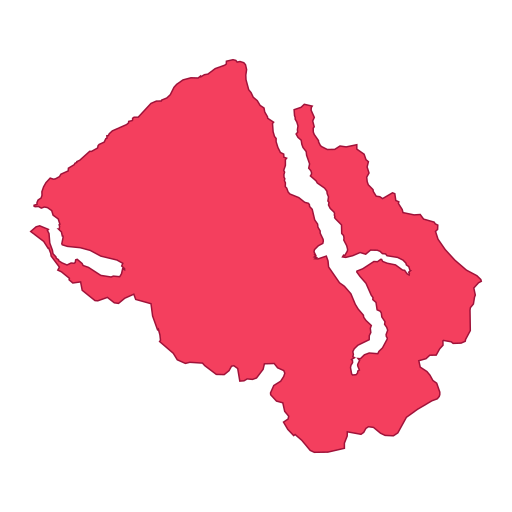 the district of Ørsta nor, Møre og Romsdal, Norway
{"feature_id": "86288312B4999748251605", "entity_name": "Ørsta nor", "entity_type": "district", "adm_level": 2, "iso_a3": "NOR", "parent_name": "Norway", "parent_adm1": "Møre og Romsdal", "projection": "albers", "projection_center": [6.353, 62.207], "detail": "fine", "context": "isolated", "style": "filled", "palette": "rose", "viewbox_px": 512, "rotation_deg": 0, "n_neighbors": 0, "source": "geoboundaries", "source_scale": "gbopen_adm2", "svg_char_len": 6018}
<svg xmlns="http://www.w3.org/2000/svg" viewBox="0 0 512 512"><path d="M438.0,239.2L435.5,231.4L437.6,229.4L437.8,225.1L435.3,223.9L434.1,222.1L423.6,219.1L420.2,214.5L414.1,214.9L403.0,212.6L402.2,209.5L398.4,203.5L398.8,201.8L395.8,200.5L394.8,193.7L392.5,192.8L382.6,198.6L379.8,196.7L376.2,196.2L373.3,191.5L373.0,189.6L368.3,184.8L367.2,181.7L366.7,177.2L369.0,173.0L367.1,167.0L368.4,161.7L366.0,159.7L364.1,154.2L356.8,149.1L356.8,144.7L346.2,146.9L340.0,146.0L334.7,149.4L327.3,149.5L321.4,146.5L320.2,145.2L318.6,142.0L318.5,140.6L314.3,134.6L313.3,132.1L313.2,128.2L314.2,126.8L312.7,121.0L314.3,117.4L311.1,110.2L311.3,107.5L312.2,106.1L304.3,104.3L301.1,107.3L294.1,109.7L294.5,115.5L295.3,117.9L295.1,119.0L296.8,122.0L298.0,126.0L297.4,129.7L297.7,132.2L296.1,134.0L298.0,137.4L301.2,140.2L301.8,144.2L303.0,147.5L306.2,151.6L306.6,155.3L309.6,163.9L308.7,168.2L310.8,170.6L311.5,172.6L311.5,174.2L310.4,175.9L316.1,180.9L317.3,183.0L324.6,188.1L326.9,191.2L327.2,193.7L328.5,196.8L327.9,201.0L329.0,202.5L328.5,205.0L330.2,208.4L334.1,212.2L334.6,213.8L334.3,214.9L334.9,216.6L334.6,217.4L335.1,218.4L341.5,224.9L341.7,233.5L343.6,235.6L344.0,238.1L343.8,240.1L346.7,245.7L347.6,249.3L347.4,251.0L344.8,255.5L343.6,255.1L342.5,256.9L345.7,257.4L352.7,255.7L360.1,252.5L365.7,254.2L370.5,250.1L377.2,250.2L380.0,251.3L382.4,253.6L385.6,253.9L387.0,255.7L397.6,257.4L403.0,260.1L405.9,263.1L406.4,264.9L408.8,266.6L410.0,270.4L410.6,270.6L408.7,272.2L409.4,273.4L409.1,275.0L407.0,273.7L404.6,270.3L402.6,270.1L395.5,264.9L387.1,263.2L382.6,261.4L381.6,259.4L380.8,259.3L377.5,261.7L373.9,261.5L362.7,268.8L356.9,271.1L356.8,272.0L359.9,276.3L366.0,283.3L371.3,295.3L373.0,297.5L372.8,299.6L376.0,302.4L377.1,309.8L380.2,311.2L381.3,312.9L381.8,316.9L385.0,321.7L384.6,324.3L386.7,327.3L387.7,330.2L386.1,334.6L386.3,336.4L387.3,338.0L387.2,339.1L382.5,347.9L378.9,351.4L377.8,353.7L369.2,353.0L364.4,354.8L360.4,358.7L358.0,358.5L359.6,360.4L357.7,364.4L357.7,365.8L359.4,370.0L357.8,371.0L357.5,373.1L356.1,374.7L352.5,375.0L351.6,373.8L350.5,367.7L350.9,365.4L352.6,362.6L352.5,360.6L351.5,359.5L354.5,357.7L352.8,356.7L353.4,354.5L352.8,351.7L354.2,348.8L357.9,345.2L369.2,339.7L369.3,335.6L370.8,332.5L370.3,328.3L371.3,325.5L366.0,320.5L363.7,317.3L363.4,315.2L358.2,309.1L355.3,304.4L350.9,293.8L344.4,286.3L339.5,282.8L328.6,267.0L328.0,260.9L326.3,256.1L318.0,258.9L315.2,258.7L316.6,257.7L314.7,257.1L316.1,256.5L314.8,256.5L315.6,255.8L315.1,255.1L315.7,255.3L314.0,251.8L314.5,249.6L318.4,245.7L322.8,243.4L323.3,241.1L323.1,239.3L320.2,233.2L320.1,230.9L317.9,227.1L317.6,224.1L314.7,219.9L312.2,209.3L309.6,206.5L309.4,204.6L308.4,203.3L304.7,202.3L298.8,197.6L289.9,194.0L288.1,192.0L286.7,188.1L285.3,186.7L285.4,182.8L284.4,180.7L284.8,178.6L284.0,177.3L283.9,174.6L284.6,172.1L283.7,170.4L285.4,165.4L285.4,159.7L286.6,158.2L283.9,157.2L283.7,154.1L280.4,152.5L277.9,147.5L276.1,141.7L276.1,138.4L274.5,136.5L273.1,131.7L272.5,123.5L273.6,122.2L267.7,118.3L267.5,116.8L264.7,111.9L264.0,108.0L260.1,105.4L257.3,100.7L253.2,97.2L251.1,92.7L248.7,89.7L246.0,79.7L245.8,75.1L246.6,69.6L245.5,64.7L243.8,62.7L240.0,61.5L237.2,62.1L235.8,60.4L233.0,59.7L226.4,61.2L226.3,64.0L224.7,65.2L215.2,68.6L207.9,74.1L204.4,74.7L200.9,76.8L200.6,76.0L198.1,78.0L190.9,77.8L183.0,79.9L176.7,84.3L174.0,87.3L170.3,94.7L166.8,98.0L161.6,100.1L161.3,101.0L156.3,101.1L151.0,103.4L138.2,117.2L134.1,117.2L132.6,118.3L132.6,120.0L132.1,120.6L128.7,121.4L128.5,123.0L126.5,124.6L112.3,130.9L109.2,133.8L108.4,135.6L106.9,135.7L107.0,138.1L105.8,138.7L104.2,142.1L99.2,144.4L98.1,145.6L97.6,148.0L91.5,151.4L89.7,151.3L79.7,160.3L76.8,161.6L76.8,162.5L75.0,163.2L74.2,164.7L68.4,168.2L68.2,170.9L60.9,174.2L59.5,176.6L55.5,178.8L53.5,179.2L50.2,178.1L46.0,182.6L43.6,186.8L41.9,191.7L42.0,195.3L41.1,198.0L38.1,200.0L37.0,202.5L37.0,204.4L34.1,205.2L34.0,206.1L35.1,206.7L38.5,206.5L41.3,208.1L44.4,207.0L47.5,207.6L51.7,210.6L53.1,215.2L58.2,218.9L59.9,224.2L59.1,224.8L59.6,226.3L59.3,229.0L58.4,229.0L61.4,231.9L62.3,236.0L62.9,236.0L63.1,237.2L61.8,243.8L62.3,244.8L67.4,246.4L80.3,247.7L90.2,250.4L100.8,256.1L116.9,260.0L122.8,263.3L121.7,266.0L124.6,268.7L124.6,269.8L122.6,268.8L121.5,273.8L119.7,276.7L113.3,276.1L111.1,277.0L100.8,275.4L88.5,267.4L83.1,265.5L82.1,263.5L77.2,259.3L75.7,259.8L75.2,262.5L74.1,263.3L71.1,263.0L67.0,265.0L61.9,262.8L58.5,260.6L58.5,259.7L56.3,258.3L55.9,256.8L53.0,253.7L52.4,250.2L49.8,243.1L49.0,233.5L47.4,230.5L48.4,229.4L39.7,225.8L36.1,226.8L30.7,231.5L43.7,241.4L48.1,248.3L48.7,248.1L50.8,253.5L51.1,256.0L59.4,267.1L57.8,270.1L61.4,271.8L69.4,278.3L69.1,279.8L72.8,283.0L80.6,281.9L82.2,290.3L95.0,300.6L97.8,300.8L107.4,297.4L114.3,302.8L118.5,303.4L124.8,298.2L133.8,294.2L135.7,299.4L151.0,303.7L152.6,316.0L157.5,329.7L158.3,329.0L159.9,334.8L160.5,340.3L159.6,341.5L173.3,353.3L177.3,359.8L185.4,363.4L189.8,362.3L202.5,363.1L204.7,365.6L216.3,374.4L224.2,374.6L229.0,370.7L231.5,366.2L233.8,365.7L237.7,368.5L239.8,381.1L244.0,380.8L247.2,378.9L252.5,379.4L256.5,378.0L263.1,369.3L264.4,363.8L274.2,363.5L277.6,367.8L283.8,370.6L284.8,373.2L283.7,376.5L280.7,381.2L273.8,385.5L270.5,392.9L270.7,394.8L276.5,401.1L282.8,402.8L284.7,411.4L288.7,416.2L288.1,419.0L283.5,422.1L287.8,429.4L293.7,435.6L295.1,434.5L301.8,440.3L310.2,450.4L314.3,452.3L327.9,452.1L344.4,448.3L344.4,443.1L347.2,436.0L347.3,431.8L361.0,434.3L363.7,432.4L365.9,428.4L368.5,426.7L373.5,427.4L380.5,433.2L385.1,435.4L393.4,435.8L397.8,432.9L406.4,417.3L417.5,409.3L431.9,400.8L437.3,398.8L439.2,396.5L439.8,394.6L439.8,392.1L436.7,383.2L432.9,380.5L429.9,375.1L426.9,371.5L420.2,367.1L418.8,360.7L426.0,358.7L429.8,355.2L436.2,355.1L439.7,348.8L443.0,345.2L442.9,340.9L443.4,340.4L451.2,341.8L453.1,343.4L461.1,343.1L465.2,341.3L465.6,339.4L470.3,330.6L470.0,310.1L470.4,307.6L473.4,304.0L474.5,297.2L475.3,295.1L473.8,288.0L478.5,282.8L481.3,281.3L480.8,279.5L476.9,275.7L466.4,270.1L454.9,260.2L445.2,249.6L438.0,239.2Z" fill="#f43f5e" stroke="#9f1239" stroke-width="1.5"/></svg>